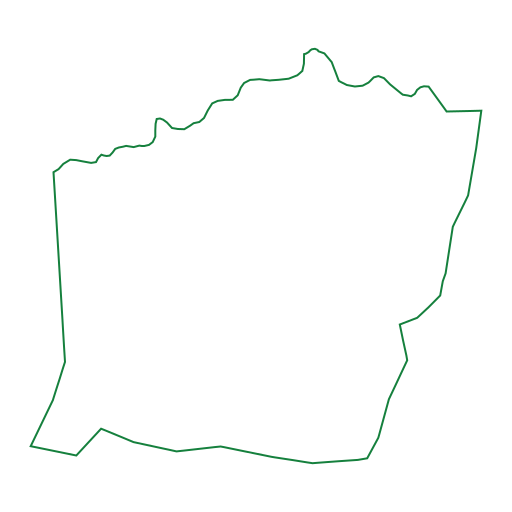 San Mateo Yoloxochitlán, Oaxaca, Mexico
{"feature_id": "50627088B14353503366896", "entity_name": "San Mateo Yoloxochitlán", "entity_type": "district", "adm_level": 2, "iso_a3": "MEX", "parent_name": "Mexico", "parent_adm1": "Oaxaca", "projection": "orthographic", "projection_center": [-96.869, 18.142], "detail": "fine", "context": "isolated", "style": "outline", "palette": "green", "viewbox_px": 512, "rotation_deg": 0, "n_neighbors": 0, "source": "geoboundaries", "source_scale": "gbopen_adm2", "svg_char_len": 1978}
<svg xmlns="http://www.w3.org/2000/svg" viewBox="0 0 512 512"><path d="M481.3,110.7L470.0,111.0L446.6,111.5L442.8,106.2L428.6,86.6L424.0,86.3L420.4,87.3L417.1,89.9L414.8,93.9L411.1,96.3L407.9,95.5L402.8,94.7L401.1,93.4L396.7,89.8L390.1,84.4L385.1,79.3L383.9,78.1L378.4,76.1L377.2,76.4L373.7,77.4L370.2,81.0L368.5,82.6L363.4,85.3L362.6,85.7L354.9,86.5L354.3,86.4L346.8,85.0L344.1,83.6L341.6,82.4L338.8,80.9L335.1,71.0L334.3,69.0L331.7,62.1L330.5,60.7L324.4,53.4L318.5,51.3L317.5,49.9L314.9,48.8L311.8,49.3L310.3,50.3L308.6,52.1L305.9,53.7L304.1,54.1L303.9,63.7L303.6,65.1L302.3,71.0L301.9,71.3L299.2,73.7L297.3,75.3L288.7,78.7L286.1,79.0L280.5,79.6L278.7,79.8L271.5,80.3L269.8,80.5L261.9,79.5L259.3,79.2L253.5,79.7L250.1,79.9L244.1,83.0L240.8,87.6L237.7,95.3L232.8,99.8L224.7,99.9L217.7,100.9L212.2,103.4L207.8,110.4L204.0,118.0L199.3,122.0L193.6,123.2L190.1,125.7L184.3,129.2L177.9,129.0L172.0,128.0L167.0,122.5L163.2,119.7L160.0,118.5L156.7,119.0L155.6,123.8L155.3,130.3L155.3,136.6L152.7,142.1L149.0,144.9L144.3,146.0L141.8,146.0L139.3,145.6L133.7,147.1L126.1,145.9L123.0,146.7L118.8,147.5L115.2,148.9L112.6,152.5L109.7,155.6L106.6,156.0L103.8,155.5L101.4,154.7L98.1,158.1L96.0,162.1L91.1,162.9L82.3,161.3L76.2,160.1L70.2,159.7L63.3,163.9L58.6,169.1L53.5,172.2L62.5,320.4L62.7,324.0L62.9,327.5L64.0,346.1L65.0,361.9L62.8,368.7L59.6,379.0L56.5,388.6L53.2,399.1L53.0,399.9L30.7,446.2L76.3,455.5L101.1,428.7L104.3,430.0L121.3,437.0L133.5,442.1L163.6,448.6L168.8,449.7L176.5,451.4L179.2,451.1L184.7,450.5L214.7,447.1L220.6,446.5L224.3,447.2L232.6,448.9L271.4,456.8L275.0,457.4L293.5,460.2L307.2,462.4L312.6,463.2L316.2,462.9L326.8,462.1L339.0,461.2L357.9,459.9L367.2,458.3L378.3,437.8L379.1,435.0L388.9,399.2L396.0,384.2L401.0,373.5L407.2,360.3L406.4,355.6L403.0,340.1L399.8,324.5L417.2,317.8L428.5,307.3L440.2,295.5L442.8,281.2L445.6,273.4L446.7,266.2L452.8,226.8L454.7,222.8L464.8,202.3L468.1,195.4L476.2,148.2L481.3,110.7Z" fill="none" stroke="#15803d" stroke-width="2"/></svg>